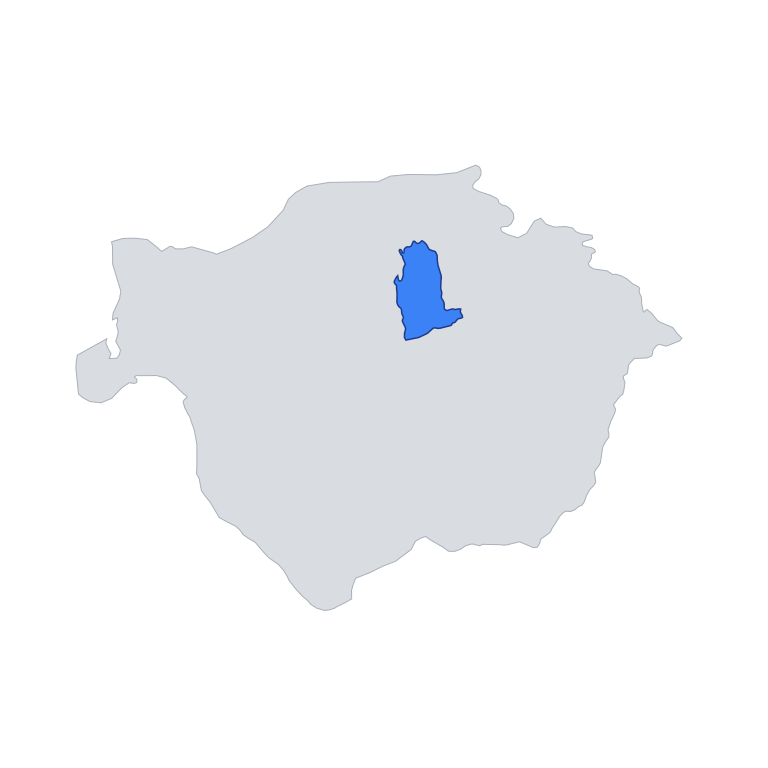 Vâlcea on a map of Romania (Albers equal-area conic projection), rotated 168°
{"feature_id": "ROU-304", "entity_name": "Vâlcea", "entity_type": "County", "adm_level": 1, "iso_a3": "ROU", "parent_name": "Romania", "parent_adm1": "", "projection": "albers", "projection_center": [24.119, 45.04], "detail": "fine", "context": "in_parent", "style": "filled", "palette": "blue", "viewbox_px": 768, "rotation_deg": 168, "n_neighbors": 0, "source": "natural_earth", "source_scale": "10m", "svg_char_len": 5484}
<svg xmlns="http://www.w3.org/2000/svg" viewBox="0 0 768 768"><g transform="rotate(168 384 384)"><path d="M588.6,426.0L595.8,435.0L604.6,439.5L624.7,443.7L626.4,443.0L626.5,442.0L625.1,440.7L624.8,439.0L625.6,436.8L628.3,436.5L632.9,438.2L641.2,434.9L653.3,426.6L664.7,424.4L675.4,428.1L681.1,432.9L684.9,437.6L684.3,443.7L683.8,447.5L682.1,463.3L680.6,469.3L678.0,476.0L645.7,485.9L647.6,482.0L646.4,475.5L644.7,470.6L647.5,466.0L640.0,464.8L637.0,467.4L634.7,471.9L637.5,481.6L634.3,487.3L633.1,490.4L633.3,497.6L631.4,500.9L631.1,504.3L636.3,503.1L634.3,509.5L625.1,522.0L622.1,529.4L624.5,557.6L621.0,574.8L620.9,579.8L610.3,580.6L607.1,580.3L596.9,578.3L585.4,574.4L578.4,566.0L573.9,559.9L564.5,563.2L562.6,562.5L559.9,559.6L552.6,557.9L543.7,558.2L523.4,547.6L521.1,545.7L505.6,548.2L482.4,554.6L464.7,562.0L446.5,574.9L439.2,584.5L430.6,589.7L418.2,593.6L396.0,592.6L372.8,588.1L348.0,583.1L334.6,586.0L316.5,583.9L289.2,577.7L268.9,575.6L248.8,579.0L245.5,576.2L244.8,573.0L245.6,568.6L248.5,565.1L253.4,562.4L256.0,559.7L256.3,556.9L250.9,552.4L239.9,546.0L235.4,542.1L234.3,541.1L234.0,537.6L231.8,534.8L227.5,532.8L224.3,529.1L222.0,523.8L222.6,518.9L226.1,514.4L230.4,512.4L235.6,513.2L237.8,511.9L237.0,508.6L232.0,504.4L222.7,499.2L213.2,501.7L203.2,512.0L196.2,513.6L192.1,506.4L184.6,502.0L173.7,500.3L167.1,497.4L164.7,493.2L160.0,489.9L149.6,486.3L149.6,483.1L151.3,482.4L155.0,482.2L160.1,481.7L160.9,479.9L161.0,478.3L157.1,476.0L153.2,474.5L151.2,473.0L149.9,471.3L149.7,469.7L150.9,468.6L152.5,468.6L154.1,467.6L155.1,463.8L157.4,460.8L159.0,459.7L158.9,457.3L157.4,455.1L155.3,453.2L152.1,451.9L142.3,448.3L137.5,443.5L134.4,443.2L129.6,440.5L124.5,436.3L120.2,430.5L115.5,426.6L114.3,425.1L114.2,423.6L115.2,422.1L115.2,420.4L114.2,414.8L115.3,408.9L115.3,403.4L115.3,401.0L114.4,400.2L113.6,401.0L112.3,402.0L111.1,402.1L107.7,397.9L103.5,389.6L100.6,386.7L94.8,382.7L89.9,379.3L86.6,372.3L83.1,366.9L85.7,364.8L100.1,362.3L106.6,365.7L109.6,364.7L112.7,362.3L114.3,360.4L114.7,358.4L116.3,355.8L121.2,354.8L133.8,356.9L139.1,353.4L141.1,351.5L142.4,347.1L143.9,343.7L148.5,341.9L148.5,338.7L148.0,335.2L150.9,327.5L152.6,324.3L155.2,323.2L158.4,320.8L163.9,315.9L162.8,311.4L164.0,308.1L169.9,300.3L174.4,292.6L174.4,288.7L175.1,285.4L179.0,281.8L183.1,277.0L188.7,262.1L190.6,259.6L194.1,256.8L196.7,254.0L197.2,244.1L199.6,241.3L204.3,238.2L208.9,233.1L212.7,227.0L215.5,224.3L219.3,223.6L223.4,221.3L227.9,220.5L232.3,221.7L235.1,221.2L239.3,218.3L250.2,207.2L251.7,205.0L254.0,203.5L262.7,199.8L264.9,195.9L267.9,192.5L271.8,192.8L284.2,201.5L297.6,201.1L300.1,201.4L300.9,201.6L302.5,202.3L320.4,206.6L323.2,206.2L323.9,205.8L331.1,209.3L337.5,208.9L343.5,206.4L349.8,205.6L355.6,207.0L360.0,211.9L371.5,222.3L375.0,226.2L380.2,225.6L386.0,223.6L391.8,216.5L409.6,208.2L423.3,206.0L436.6,202.5L452.1,199.9L456.4,193.3L458.7,188.8L460.3,180.5L468.5,177.9L476.3,176.0L479.1,174.9L484.9,174.4L489.3,174.9L496.4,178.7L501.4,183.6L503.4,187.6L507.8,193.2L512.5,201.0L517.7,211.5L518.9,216.9L521.0,222.6L524.9,229.6L532.1,237.2L533.1,238.6L536.5,244.1L543.0,256.1L548.3,260.8L553.0,265.9L555.4,271.2L558.8,275.9L566.5,282.0L572.9,287.6L578.5,304.3L582.3,311.9L584.8,317.8L584.4,329.9L586.0,335.0L583.7,344.5L579.6,363.7L579.1,378.9L580.4,387.0L580.7,392.2L582.1,395.5L583.8,402.3L584.3,408.3L582.6,410.1L580.1,411.6L579.2,412.9L581.7,415.5L585.1,420.4L588.6,426.0Z" fill="#d9dde1" stroke="#a8b0b8" stroke-width="1"/><path d="M293.4,441.4L294.4,438.7L294.2,437.7L293.3,434.9L293.2,434.1L293.4,432.7L296.1,432.3L297.4,432.5L298.2,432.2L299.5,431.4L301.4,429.8L302.3,429.5L303.4,429.5L304.2,429.3L304.8,428.8L305.3,428.2L305.8,427.6L306.8,427.3L317.4,426.9L319.8,427.2L322.1,428.2L323.1,428.4L324.3,428.4L330.7,424.7L331.6,424.4L340.4,422.3L353.5,422.4L354.3,425.3L353.4,429.3L351.6,432.9L351.4,433.9L351.4,434.9L352.8,440.6L352.9,441.7L352.8,442.5L352.3,443.3L351.7,443.9L351.4,444.6L351.2,445.4L351.3,446.4L351.9,448.6L351.8,450.8L351.5,452.7L351.6,453.9L351.9,454.8L352.9,455.9L353.3,456.5L353.8,457.6L354.2,459.0L354.4,461.1L352.4,469.7L351.8,475.2L351.3,477.1L351.3,477.9L351.8,478.6L352.3,479.4L352.7,480.5L352.8,481.3L352.6,482.1L352.2,482.9L349.7,485.9L348.1,487.1L348.2,482.9L347.8,482.2L347.4,481.5L346.7,481.3L346.1,481.4L345.4,481.7L344.9,482.3L344.4,483.0L342.6,486.2L342.3,487.3L342.1,488.3L341.9,489.6L341.5,491.6L341.1,492.6L340.6,493.7L339.5,495.4L338.3,496.6L338.3,497.4L338.6,499.4L339.5,503.3L339.2,504.9L340.0,506.0L340.7,507.7L341.2,509.8L341.4,511.4L340.9,511.9L340.4,512.3L339.8,512.0L339.3,511.4L339.0,510.7L338.8,510.2L338.8,509.6L338.9,508.6L338.8,508.3L338.4,508.1L337.8,508.1L337.0,508.7L336.7,509.5L336.3,511.4L335.7,512.1L333.9,513.2L333.2,513.3L332.6,513.3L331.0,512.9L330.2,512.8L329.5,513.0L328.7,513.4L328.0,514.1L326.0,517.1L325.2,517.5L324.7,517.4L324.2,517.0L323.6,515.9L323.1,515.3L322.5,514.8L321.8,514.5L321.1,514.4L320.2,514.5L319.6,514.8L317.1,516.3L315.2,514.4L314.2,512.8L313.4,511.4L312.1,506.9L311.6,506.1L310.9,505.6L308.8,504.2L307.8,503.8L306.7,503.1L306.1,502.4L305.9,501.6L305.8,500.9L305.3,498.7L306.2,493.5L306.5,488.7L305.6,478.2L305.8,476.5L306.1,475.2L306.8,473.2L308.6,466.1L308.7,464.9L308.5,461.8L308.7,460.5L309.8,457.4L309.9,456.3L309.6,455.1L308.9,453.4L308.4,450.9L308.6,449.2L309.4,445.6L309.1,444.6L308.7,443.9L307.5,443.0L307.0,442.8L306.4,442.8L302.5,443.2L301.4,443.1L300.4,442.9L299.2,442.2L298.5,442.0L295.4,442.0L293.4,441.4Z" fill="#3b82f6" stroke="#1e3a8a" stroke-width="1.5"/></g></svg>